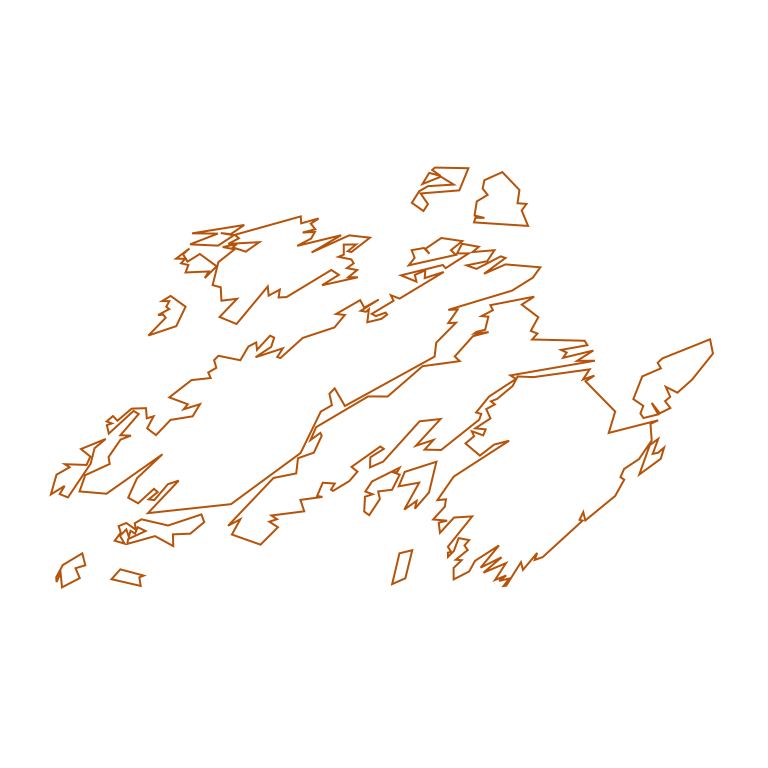 the district of Vikna nor, Nord-Trøndelag, Norway, rotated 3°
{"feature_id": "86288312B81438149454650", "entity_name": "Vikna nor", "entity_type": "district", "adm_level": 2, "iso_a3": "NOR", "parent_name": "Norway", "parent_adm1": "Nord-Trøndelag", "projection": "albers", "projection_center": [10.974, 64.92], "detail": "fine", "context": "isolated", "style": "outline", "palette": "amber", "viewbox_px": 768, "rotation_deg": 3, "n_neighbors": 0, "source": "geoboundaries", "source_scale": "gbopen_adm2", "svg_char_len": 6157}
<svg xmlns="http://www.w3.org/2000/svg" viewBox="0 0 768 768"><g transform="rotate(3 384 384)"><path d="M465.5,247.6L471.5,242.0L454.6,239.9L450.1,249.8L461.8,249.1L439.5,265.1L436.5,262.1L395.3,274.6L411.0,280.1L409.1,273.4L419.3,268.4L419.1,276.1L437.8,269.0L395.1,297.9L386.2,295.0L389.2,300.4L368.1,314.6L372.3,316.6L381.9,312.6L383.5,314.5L378.0,319.1L364.1,323.2L365.0,310.2L362.3,312.8L357.0,312.1L374.4,299.9L360.3,308.8L355.8,301.5L332.5,316.6L341.3,317.1L331.6,330.1L300.5,342.2L279.2,363.5L276.0,362.6L281.1,353.7L254.3,364.0L269.4,352.8L271.9,343.4L267.7,341.7L255.4,356.5L254.2,349.2L246.6,353.7L239.3,367.8L217.2,364.5L213.1,369.1L215.7,376.6L207.9,381.7L210.6,387.1L191.5,390.2L170.3,408.6L189.1,414.5L185.3,419.7L201.3,413.8L194.6,426.3L172.7,431.0L159.0,447.0L149.8,440.7L155.6,428.3L148.9,430.7L147.6,420.6L133.3,421.8L119.7,434.6L115.0,430.2L109.0,435.9L114.3,437.6L109.4,439.6L111.8,447.9L135.3,424.0L140.6,426.8L123.4,449.0L134.0,448.8L123.8,453.3L112.7,471.5L114.3,478.2L90.4,490.7L85.6,507.2L112.6,508.1L166.4,465.8L142.3,491.0L134.5,510.9L144.7,516.0L159.8,500.7L163.6,503.8L155.1,511.5L160.7,512.0L173.4,495.4L184.1,491.2L155.0,525.3L237.5,512.0L304.3,457.3L322.3,414.9L333.1,407.9L330.0,396.6L335.0,391.0L346.1,408.0L433.1,354.0L434.0,340.0L452.7,319.0L445.0,319.8L453.7,305.7L444.3,306.6L507.1,284.0L527.1,270.0L534.0,259.3L499.1,258.2L478.1,268.7L498.7,251.8L494.0,250.4L470.3,264.2L460.3,261.2L480.6,256.0L487.3,244.6L465.5,247.6ZM588.6,358.6L533.0,369.3L517.0,369.5L512.6,379.2L497.9,392.9L491.7,395.7L495.8,398.6L487.4,403.7L492.1,412.8L477.5,423.5L487.9,424.0L485.8,430.1L474.2,426.6L476.7,431.4L468.5,439.1L483.5,450.5L497.2,438.7L511.9,434.1L458.5,472.8L443.4,497.2L451.9,495.9L451.2,503.3L440.2,516.7L454.2,517.2L445.9,519.6L447.7,529.7L460.9,513.7L479.0,511.6L456.3,543.2L459.8,548.1L456.6,549.1L457.0,553.3L462.5,547.1L466.6,534.0L477.2,535.4L472.8,541.1L476.3,545.4L464.9,555.7L470.7,555.9L463.1,564.1L463.8,575.5L478.9,566.7L484.2,555.8L507.3,539.2L490.1,562.3L510.5,550.9L493.2,567.2L515.2,556.5L505.1,573.9L516.1,568.8L509.3,574.6L519.2,571.7L514.0,579.5L516.6,579.0L530.1,554.8L532.5,562.3L545.8,544.7L543.7,551.8L551.5,548.6L589.5,510.0L586.4,509.4L589.7,501.5L592.2,509.7L620.7,483.7L628.9,467.0L625.0,464.7L628.2,456.3L642.6,445.6L654.3,426.4L652.2,409.9L659.7,405.9L611.0,421.1L616.3,399.4L585.1,370.7L593.7,364.6L582.5,369.0L588.6,358.6ZM529.4,288.9L486.1,299.7L488.9,304.6L477.8,311.1L484.7,311.3L482.2,324.5L473.6,327.1L471.4,328.9L485.8,326.7L470.3,331.6L453.2,352.8L458.4,357.2L421.6,364.2L388.3,396.3L368.7,397.3L318.4,430.7L313.5,443.8L323.0,436.2L324.5,438.9L317.6,456.2L302.0,462.6L301.0,477.9L278.6,483.6L235.7,533.7L247.6,526.6L240.0,542.3L269.1,550.9L285.6,532.6L276.7,527.5L284.2,524.6L278.5,521.2L311.0,515.3L306.6,504.1L328.4,500.0L323.1,499.3L328.0,485.8L340.0,486.0L336.6,492.3L338.7,493.4L354.4,482.8L362.1,472.9L355.9,468.5L383.6,446.6L387.2,448.8L374.2,457.9L374.4,468.0L387.3,461.5L421.5,419.4L442.3,416.0L419.1,444.0L436.3,437.3L428.0,447.4L444.5,446.9L481.0,414.6L482.7,408.8L477.5,407.6L489.6,391.0L515.6,372.0L509.8,368.8L593.4,349.7L575.6,350.8L591.3,339.6L561.4,348.5L564.8,343.0L559.0,340.7L585.1,334.6L582.1,330.3L529.6,331.8L534.6,325.6L527.8,323.3L534.6,309.2L517.4,297.5L529.4,288.9ZM292.1,221.0L227.3,242.8L231.5,246.1L221.2,252.2L252.0,248.9L239.0,259.1L225.9,255.5L229.7,251.9L215.8,255.7L227.8,257.3L212.2,271.0L207.7,294.2L215.9,296.0L217.3,309.3L232.8,306.6L216.3,325.7L233.6,331.8L262.8,292.7L264.2,301.8L275.0,295.2L274.2,303.1L282.1,302.3L325.4,272.9L333.2,277.4L317.0,288.6L352.3,278.8L342.7,279.3L351.2,271.6L340.9,270.2L347.4,265.1L344.9,261.3L331.9,259.4L337.1,256.9L336.5,246.9L348.8,246.1L340.9,253.3L344.6,253.9L362.3,238.6L341.4,237.4L304.8,256.4L333.4,237.7L290.1,250.6L303.6,242.6L307.0,235.8L294.8,237.0L307.3,233.1L302.5,227.7L310.1,222.1L292.9,227.9L292.1,221.0ZM707.3,322.3L660.6,343.9L656.2,348.5L659.7,353.9L641.5,362.9L633.8,386.0L644.1,392.3L641.6,400.0L644.9,404.4L659.4,400.0L652.3,388.9L661.0,398.8L671.2,393.0L665.6,386.4L670.5,381.8L665.5,372.1L677.5,377.3L691.5,363.4L710.9,336.4L707.3,322.3ZM491.1,166.2L473.6,175.2L472.3,183.7L477.6,189.7L467.1,196.8L465.6,211.0L475.6,212.9L466.6,213.2L465.4,217.9L519.6,218.6L512.4,203.5L516.9,196.7L507.9,196.5L509.1,183.2L491.1,166.2ZM208.5,523.8L175.8,536.6L148.9,531.8L142.4,536.1L143.8,542.5L134.0,536.3L126.4,539.8L128.9,546.2L123.3,554.6L133.3,557.0L128.3,549.4L134.3,542.7L137.2,550.0L138.5,543.9L143.2,546.4L145.5,539.9L153.6,543.3L136.6,552.3L136.0,557.1L163.3,547.9L182.0,556.9L181.1,545.2L198.4,543.6L211.7,531.3L208.5,523.8ZM457.0,164.1L423.6,165.2L420.9,167.7L429.7,173.3L418.1,170.8L411.9,182.3L429.9,174.0L443.2,181.2L417.7,184.1L409.1,189.6L402.3,201.6L414.3,209.2L418.5,202.1L410.6,191.8L449.1,186.7L457.0,164.1ZM98.3,463.3L109.0,453.4L84.8,464.8L94.5,471.8L91.2,480.4L69.5,480.8L74.4,483.6L61.7,491.7L57.1,511.7L70.4,502.5L65.9,510.9L74.3,513.8L95.2,478.9L98.3,463.3ZM440.4,458.9L409.3,470.7L404.1,485.4L424.3,480.7L410.8,508.4L422.7,499.0L421.4,506.9L434.6,490.0L440.4,458.9ZM433.6,235.2L418.4,246.7L422.5,251.6L416.8,246.1L404.6,248.9L408.0,256.4L402.5,264.2L449.0,251.3L443.8,246.9L454.7,237.2L433.6,235.2ZM166.3,307.2L158.1,312.8L165.3,312.5L162.5,318.2L165.6,320.4L154.8,327.0L160.0,326.3L162.5,329.3L146.2,347.9L173.5,337.1L181.8,317.2L166.3,307.2ZM236.1,232.5L184.4,243.6L210.2,242.5L183.0,254.7L211.1,254.5L226.3,243.3L213.1,241.8L223.1,242.4L236.1,232.5ZM398.4,471.9L401.9,471.0L403.9,466.8L377.2,481.9L371.0,492.3L378.4,494.7L370.9,497.6L370.9,512.4L376.1,515.8L385.9,499.1L383.8,491.6L397.6,489.2L404.4,473.7L398.4,471.9ZM182.6,258.9L169.8,269.7L178.8,269.4L175.0,274.1L182.4,275.4L180.0,283.0L203.1,280.8L199.5,287.6L210.7,275.2L193.3,263.8L181.4,272.1L176.5,264.9L182.6,258.9ZM91.6,568.9L72.7,581.6L66.8,594.2L67.4,598.9L70.9,589.5L73.1,603.9L90.3,593.8L85.6,584.1L95.2,580.7L91.6,568.9ZM154.1,587.9L130.4,582.9L122.1,593.2L151.6,598.4L149.8,589.9L154.1,587.9ZM420.9,548.5L408.3,552.3L402.6,583.4L415.5,576.9L420.9,548.5ZM667.0,432.9L661.3,438.3L656.0,439.7L660.7,424.5L652.6,431.1L643.7,461.0L664.3,444.2L667.0,432.9Z" fill="none" stroke="#b45309" stroke-width="2"/></g></svg>